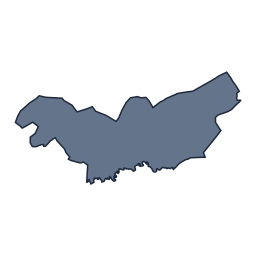 the district of Taura, Jigawa, Nigeria
{"feature_id": "59680162B96971531554224", "entity_name": "Taura", "entity_type": "district", "adm_level": 2, "iso_a3": "NGA", "parent_name": "Nigeria", "parent_adm1": "Jigawa", "projection": "orthographic", "projection_center": [9.372, 12.271], "detail": "fine", "context": "isolated", "style": "filled", "palette": "slate", "viewbox_px": 256, "rotation_deg": 0, "n_neighbors": 0, "source": "geoboundaries", "source_scale": "gbopen_adm2", "svg_char_len": 4888}
<svg xmlns="http://www.w3.org/2000/svg" viewBox="0 0 256 256"><path d="M116.3,177.0L116.5,176.5L116.2,175.8L116.0,175.5L115.6,175.3L115.3,174.8L115.0,174.4L114.9,173.9L114.9,173.4L115.3,173.2L115.8,173.1L116.1,172.7L116.4,172.3L116.8,171.7L117.2,171.4L117.6,171.2L118.1,171.3L118.5,171.4L118.6,171.8L118.3,172.0L118.0,172.3L117.6,172.7L117.7,173.2L118.1,173.4L118.4,173.0L118.8,172.8L119.0,172.3L119.0,171.6L119.0,171.2L118.9,169.9L118.9,169.0L119.7,169.1L120.3,169.2L121.1,169.1L121.6,169.4L122.3,169.8L123.0,170.0L123.5,169.9L123.9,169.6L124.1,169.1L123.9,168.4L124.2,168.1L124.8,168.0L125.5,168.4L126.1,168.9L126.7,168.9L127.7,168.8L128.6,169.2L129.1,169.0L130.4,168.9L131.4,169.4L132.2,169.9L132.8,170.6L133.1,171.0L133.3,171.1L133.6,171.1L134.1,170.8L134.9,170.5L135.3,170.2L135.4,169.8L135.5,169.4L135.2,168.4L134.9,167.5L134.9,166.9L135.0,166.2L136.0,165.6L137.2,165.1L138.1,164.0L138.5,163.6L138.9,163.7L139.6,163.8L140.1,164.2L140.0,164.7L139.4,164.9L139.2,165.2L139.0,165.6L139.6,166.0L140.1,166.3L140.8,166.1L141.3,166.0L142.0,166.0L142.6,165.9L143.1,165.7L143.4,165.4L143.3,164.9L143.1,164.5L142.7,164.2L142.4,163.7L142.2,163.3L142.1,162.7L142.0,162.3L142.3,162.0L142.6,161.9L142.8,162.0L143.1,161.8L143.4,161.5L144.1,161.5L144.4,161.8L145.1,162.2L145.7,162.8L145.8,163.3L146.2,163.7L146.5,164.0L147.0,164.0L147.1,163.7L146.8,163.3L146.5,162.8L146.7,162.4L146.9,162.1L147.5,162.2L147.8,162.6L147.8,163.0L148.1,163.1L148.3,163.5L148.3,164.1L148.2,164.8L148.1,165.4L148.1,166.0L148.6,166.5L149.3,166.5L150.0,166.8L150.7,167.4L151.3,168.1L152.0,169.1L152.4,169.8L152.7,170.7L153.2,171.3L153.8,171.9L154.7,172.0L155.4,172.0L156.0,171.7L156.4,171.3L156.6,170.7L156.6,170.0L156.6,169.6L156.5,169.1L156.8,168.8L157.4,168.9L158.2,169.5L158.6,169.9L159.3,170.0L160.2,169.8L160.8,169.4L161.2,168.7L161.6,168.0L162.1,167.8L162.5,167.8L162.9,167.4L163.6,167.6L164.2,167.9L164.5,167.9L165.2,167.6L165.7,167.7L166.2,168.3L166.7,168.6L167.5,168.4L167.9,168.1L168.0,167.9L168.5,168.1L169.4,168.3L169.9,168.5L170.2,168.6L170.8,168.4L171.1,168.0L171.6,167.7L172.0,167.4L172.5,167.4L172.9,167.8L172.9,168.7L173.3,169.4L175.5,167.5L179.3,163.4L185.5,159.7L188.1,159.1L190.5,157.8L202.2,157.3L205.2,157.2L203.4,152.6L215.7,137.3L219.4,132.5L220.9,130.5L219.0,127.9L215.5,122.3L215.5,117.3L217.7,115.3L220.1,114.2L222.7,113.4L227.9,111.6L231.6,109.5L234.9,106.0L239.7,101.6L240.6,100.3L240.3,100.2L239.9,100.1L239.7,100.1L239.2,100.3L238.3,100.4L238.0,100.4L237.3,100.2L237.1,100.1L237.0,99.6L236.8,99.0L236.8,98.8L236.7,98.3L236.6,98.0L236.6,97.7L236.7,97.4L236.7,97.1L236.8,96.8L237.0,96.5L237.1,96.4L236.9,94.5L236.7,93.4L236.9,93.0L238.4,92.0L239.3,91.3L237.1,87.6L234.8,84.1L234.7,84.1L232.9,81.6L230.5,77.5L226.7,72.2L222.5,74.2L218.6,76.1L215.4,78.3L210.8,81.0L206.6,83.4L198.2,88.1L194.0,90.5L193.1,91.1L182.6,92.6L177.0,93.6L175.7,94.4L166.0,98.6L163.6,100.4L160.0,102.1L153.0,107.6L148.9,100.7L145.9,97.4L140.8,97.8L137.6,96.6L130.5,97.8L126.0,102.7L121.9,110.4L118.7,117.9L116.1,121.4L114.2,120.3L106.1,115.4L95.7,111.3L92.3,106.7L86.6,108.9L77.1,111.9L71.9,105.1L64.7,101.0L64.2,100.8L62.1,98.2L45.7,97.3L39.3,95.8L39.2,95.8L35.7,99.0L29.9,102.7L22.5,109.4L20.6,110.8L17.7,116.2L15.4,122.4L16.3,123.2L19.9,125.8L22.2,128.1L22.3,128.1L30.1,123.7L32.6,122.2L36.5,125.1L38.3,126.8L35.1,133.5L30.3,137.1L30.2,142.8L32.4,146.6L36.1,146.7L41.1,144.7L43.5,144.5L43.7,146.3L45.5,146.2L48.0,143.6L50.3,140.9L51.9,139.9L53.0,139.0L54.9,138.0L55.4,137.8L56.2,139.3L56.7,140.4L64.6,149.1L66.0,152.7L69.1,156.3L69.8,156.9L68.3,159.0L70.7,160.4L78.8,162.6L80.2,162.9L81.7,162.7L82.6,162.2L83.4,162.0L84.2,162.6L87.7,165.0L86.7,182.1L87.7,181.9L88.2,181.0L88.6,180.0L89.1,179.7L89.3,180.6L89.5,181.6L90.8,183.0L90.7,183.8L91.5,183.7L92.1,183.4L92.9,182.8L93.6,182.6L94.0,182.1L94.0,181.8L93.9,181.5L93.7,180.9L93.6,180.3L93.7,179.8L93.9,179.4L94.3,179.1L94.7,179.1L94.8,178.9L94.7,178.5L94.3,178.6L94.2,178.3L94.5,178.2L95.0,178.3L95.4,178.1L96.0,178.3L96.6,178.2L96.9,178.3L97.1,178.8L97.4,179.2L97.8,179.5L98.3,179.4L98.7,179.0L98.8,178.6L98.8,178.2L98.6,177.9L99.1,177.8L99.6,178.0L100.1,178.4L100.4,179.1L101.0,180.0L101.4,180.2L101.8,180.7L102.0,181.3L101.9,182.0L102.6,181.8L103.5,181.6L104.0,181.3L104.5,180.6L104.7,179.9L105.0,179.2L105.3,178.8L105.8,178.5L106.4,178.6L106.8,179.1L107.2,179.1L107.6,178.7L107.1,178.3L107.5,178.1L108.1,178.0L108.7,178.4L109.1,178.9L109.0,179.0L108.9,179.3L109.1,179.3L109.4,179.1L109.5,178.9L109.6,178.3L109.7,177.7L109.8,177.1L109.8,176.6L110.1,176.7L110.4,177.1L111.0,177.7L111.2,178.4L111.6,179.2L112.0,179.6L112.2,179.8L112.8,180.4L113.5,180.9L113.9,181.2L114.4,181.1L114.8,180.8L115.3,180.7L115.6,180.3L115.6,179.9L115.5,179.7L115.3,179.4L114.6,179.1L114.1,178.8L114.3,178.0L114.1,177.5L113.9,177.0L113.9,176.5L114.3,176.0L114.6,175.7L115.0,176.4L115.2,176.7L115.3,177.2L115.6,177.4L116.3,177.0Z" fill="#64748b" stroke="#1e293b" stroke-width="1.5"/></svg>